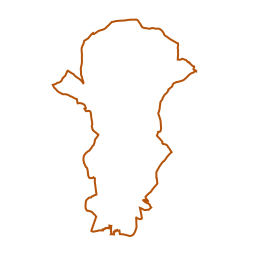 the district of Aiton, Cluj, Romania, rotated 266°
{"feature_id": "2599482B48595612895223", "entity_name": "Aiton", "entity_type": "district", "adm_level": 2, "iso_a3": "ROU", "parent_name": "Romania", "parent_adm1": "Cluj", "projection": "equal_earth", "projection_center": [23.738, 46.677], "detail": "fine", "context": "isolated", "style": "outline", "palette": "amber", "viewbox_px": 256, "rotation_deg": 266, "n_neighbors": 0, "source": "geoboundaries", "source_scale": "gbopen_adm2", "svg_char_len": 5675}
<svg xmlns="http://www.w3.org/2000/svg" viewBox="0 0 256 256"><g transform="rotate(266 128 128)"><path d="M169.3,60.7L168.2,62.2L166.5,64.9L166.2,65.7L166.2,66.4L166.0,67.7L166.0,68.4L165.5,69.8L164.4,71.9L163.7,72.6L163.2,74.0L162.5,75.1L161.2,77.0L160.4,79.0L160.2,79.1L157.7,79.2L156.1,79.5L156.2,80.7L156.2,81.4L155.9,83.2L155.7,83.7L154.8,85.3L154.5,85.8L154.2,86.1L153.3,86.6L150.6,87.4L150.4,87.3L150.2,86.9L150.2,86.0L148.6,86.7L147.8,87.2L147.7,87.3L147.7,87.5L147.8,90.0L147.7,90.6L147.5,91.1L147.2,91.3L146.3,91.8L145.0,92.0L140.7,92.1L138.2,92.4L134.4,92.7L132.4,92.0L132.0,91.9L130.5,92.4L130.3,92.3L130.0,92.3L129.7,92.5L129.1,92.5L128.7,92.6L128.2,92.9L128.2,93.2L127.0,93.9L126.6,94.6L125.3,96.0L123.8,97.4L123.5,97.6L123.5,97.9L123.0,97.8L121.0,96.4L118.9,94.4L115.0,93.3L113.6,92.6L111.8,90.8L110.4,89.9L109.8,89.3L108.1,87.8L107.6,86.6L105.9,84.2L105.5,83.8L103.5,82.2L100.8,81.4L98.9,81.3L97.4,81.6L96.0,81.7L95.2,82.1L92.2,83.2L92.2,83.3L91.1,84.2L90.4,84.5L88.4,84.8L83.4,85.0L81.4,85.7L81.0,86.0L80.8,86.5L80.5,88.6L80.5,88.9L80.7,89.3L81.2,90.0L80.8,90.2L80.5,90.5L80.1,91.5L77.1,91.1L63.9,91.9L63.6,91.3L63.4,90.7L63.4,90.2L63.2,89.7L62.3,87.5L61.9,86.9L61.4,86.4L61.2,86.2L61.3,84.9L61.2,84.2L60.1,82.8L59.0,81.5L58.1,81.0L53.8,80.2L52.3,80.1L50.7,80.2L48.5,81.2L48.3,81.6L48.2,82.7L47.5,84.3L47.4,85.1L47.0,85.6L46.8,86.1L43.5,88.9L42.5,89.6L41.7,90.1L29.1,84.7L28.1,84.3L27.8,84.3L27.0,85.9L27.0,86.3L27.3,88.5L27.4,90.4L27.9,91.7L27.6,95.8L28.6,95.7L28.8,96.1L28.7,97.6L29.6,98.2L29.9,98.6L29.5,99.6L29.9,100.5L29.4,101.3L29.2,102.3L32.0,102.6L31.5,104.3L31.5,104.5L30.7,104.3L27.0,103.9L26.2,103.9L25.9,103.7L24.6,104.1L24.1,103.9L23.2,103.5L23.2,104.3L22.8,106.6L25.5,106.6L25.6,106.8L25.6,108.0L26.6,108.1L27.0,110.1L26.2,110.1L26.3,112.3L23.2,112.4L22.7,112.5L22.2,116.1L22.1,116.3L21.7,117.6L21.5,118.5L21.0,119.6L21.0,119.9L20.3,121.6L20.2,122.1L20.1,122.5L20.3,123.6L20.7,124.9L21.4,126.0L21.5,126.0L22.4,126.7L23.9,127.7L27.3,129.2L28.2,129.5L28.8,129.6L38.0,129.9L38.1,130.0L37.6,130.5L37.2,131.1L36.2,133.6L36.3,134.7L36.8,135.5L40.5,135.3L43.4,134.8L44.7,134.8L45.6,134.6L47.5,134.3L46.5,136.4L45.7,137.5L45.0,138.8L44.9,139.4L45.1,141.1L45.0,142.1L45.0,142.7L45.3,143.2L45.6,143.7L47.1,145.6L47.4,145.3L48.6,144.7L49.7,144.4L50.3,144.1L50.7,143.5L51.3,142.9L52.0,141.3L52.9,140.0L54.5,138.3L54.9,138.1L55.0,138.2L55.0,138.4L55.2,139.0L55.2,139.4L55.0,140.0L54.9,140.4L54.5,140.9L54.3,141.5L53.8,142.1L53.6,142.9L53.8,142.9L54.2,142.6L56.2,141.2L57.3,140.8L58.2,140.7L59.5,142.1L60.2,142.7L60.6,143.5L61.3,144.2L62.9,146.5L65.3,148.3L70.5,153.4L76.1,153.2L76.3,152.8L81.8,153.2L83.3,154.0L87.4,156.7L90.8,159.4L92.1,160.7L92.3,161.3L92.5,161.7L95.5,164.3L96.8,165.1L97.1,165.6L97.5,165.9L97.9,166.5L98.9,167.3L99.7,168.5L100.8,169.3L101.0,169.8L103.1,168.5L103.7,168.3L104.7,167.8L106.1,166.7L107.6,166.1L107.9,165.9L108.4,165.2L109.0,164.2L109.3,163.5L109.7,161.7L110.2,161.2L110.9,161.1L111.3,161.4L111.6,161.4L112.4,161.0L115.8,158.4L117.0,157.3L118.4,156.3L120.8,157.4L121.7,157.8L122.0,157.8L122.0,159.3L122.3,159.8L122.4,160.0L123.5,160.5L124.6,160.8L125.7,161.0L132.7,161.0L136.3,160.3L139.3,159.5L140.7,159.2L142.0,159.9L145.3,161.0L147.8,161.3L149.5,161.8L151.1,162.0L151.9,162.4L153.1,163.3L154.1,164.3L155.5,164.6L156.0,165.0L156.8,165.6L158.4,166.7L159.1,167.5L159.6,168.3L161.0,169.7L163.0,171.0L163.5,170.9L166.4,175.0L168.0,175.6L168.8,176.1L169.6,177.2L169.8,177.6L170.0,178.7L170.4,179.5L170.4,180.4L170.8,182.2L171.1,183.9L171.5,185.5L171.8,186.4L172.1,187.0L173.7,189.2L174.0,189.6L176.6,192.5L177.2,193.3L177.7,194.0L178.4,195.8L178.8,197.1L179.2,197.8L180.0,199.0L180.0,199.6L179.8,200.0L180.2,200.0L180.5,199.8L181.6,197.6L182.0,197.4L182.3,197.4L184.4,198.4L184.6,198.6L184.8,199.1L184.7,198.5L184.7,198.0L185.3,197.0L186.1,196.0L186.8,195.6L187.5,194.7L188.2,194.2L188.9,194.0L189.1,193.8L189.4,193.4L189.1,193.1L189.3,192.7L190.5,191.5L191.0,191.3L191.6,190.7L192.0,190.0L193.3,186.9L193.3,186.7L192.7,185.7L192.5,185.0L192.5,184.1L192.8,183.0L192.8,182.4L196.6,182.9L198.5,183.2L200.3,183.1L202.2,183.4L202.9,183.4L203.9,183.2L204.5,183.1L206.3,183.7L208.9,183.8L209.1,183.2L209.6,182.2L210.5,181.3L211.0,180.1L211.9,179.0L212.9,177.4L213.7,176.3L214.6,175.2L216.4,173.1L217.3,171.8L217.9,171.1L218.5,170.7L220.3,170.1L221.6,169.4L223.4,168.0L224.2,167.0L224.6,166.3L225.0,165.4L225.2,162.1L225.5,161.4L226.0,159.4L226.0,158.5L225.6,157.4L225.5,156.7L225.6,155.8L226.4,152.6L226.7,151.0L227.2,149.8L227.4,149.4L229.6,148.0L230.1,148.0L234.6,145.4L235.0,144.9L235.5,144.0L235.6,143.0L235.6,141.6L235.8,139.5L235.9,138.6L235.8,135.2L235.6,133.5L235.5,132.1L235.6,126.2L235.5,123.5L235.3,122.2L235.0,120.8L234.9,119.3L231.5,115.4L229.8,113.2L229.2,112.7L228.6,111.6L227.7,109.4L227.6,107.9L227.4,107.4L226.8,105.2L224.5,101.4L224.2,100.8L224.1,100.1L225.2,99.8L225.1,99.6L224.5,98.8L224.3,98.4L220.3,94.6L219.0,92.4L218.2,90.6L218.0,90.4L216.4,89.8L215.0,89.5L213.3,88.3L212.3,88.0L211.2,87.4L210.7,87.3L208.4,87.1L206.3,87.2L205.3,87.1L204.4,87.2L201.6,86.9L197.5,86.7L194.9,86.3L192.2,85.4L190.2,85.0L188.4,85.0L187.4,85.1L185.4,84.9L184.3,84.9L183.8,85.0L182.2,85.6L179.0,86.1L177.3,86.6L176.6,86.7L175.7,86.5L175.7,86.4L176.7,85.9L178.1,85.0L180.0,83.3L181.2,81.7L183.2,79.2L184.0,78.5L185.3,77.6L185.8,77.0L186.3,76.1L187.7,74.2L187.8,74.0L189.0,72.5L189.3,72.3L189.4,72.0L188.9,71.3L187.5,70.7L186.2,69.9L185.1,69.4L184.4,69.0L183.7,67.9L182.6,66.9L182.5,66.4L180.6,65.5L179.6,64.8L178.7,63.6L178.3,62.8L178.1,61.8L178.1,60.8L177.1,59.2L176.8,58.6L176.7,57.8L176.3,56.0L175.8,56.2L174.4,56.7L173.4,57.2L170.9,59.4L170.0,60.0L169.5,60.6L169.3,60.7Z" fill="none" stroke="#b45309" stroke-width="2"/></g></svg>